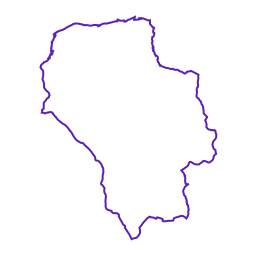 the district of Sieu, Maramures, Romania, rotated 271°
{"feature_id": "2599482B22819283509287", "entity_name": "Sieu", "entity_type": "district", "adm_level": 2, "iso_a3": "ROU", "parent_name": "Romania", "parent_adm1": "Maramures", "projection": "orthographic", "projection_center": [24.196, 47.709], "detail": "fine", "context": "isolated", "style": "outline", "palette": "violet", "viewbox_px": 256, "rotation_deg": 271, "n_neighbors": 0, "source": "geoboundaries", "source_scale": "gbopen_adm2", "svg_char_len": 5807}
<svg xmlns="http://www.w3.org/2000/svg" viewBox="0 0 256 256"><g transform="rotate(271 128 128)"><path d="M103.7,216.6L105.4,216.0L107.3,215.9L108.7,214.2L109.4,213.8L112.2,212.9L113.2,212.7L116.3,213.6L118.0,215.1L119.4,216.0L120.2,216.3L123.1,216.4L124.8,215.7L126.9,215.4L127.4,214.7L127.1,213.3L127.5,212.0L127.3,211.7L128.0,208.6L128.5,207.9L130.2,206.4L132.7,206.5L134.7,206.0L137.2,205.1L139.8,206.7L140.5,206.9L141.3,205.9L142.8,204.6L143.1,204.1L144.1,203.4L146.4,203.3L150.2,202.7L151.7,202.2L153.3,201.1L155.7,200.4L157.0,199.1L158.5,198.2L159.4,196.9L159.8,196.5L160.2,196.2L160.9,196.0L162.6,196.0L164.7,196.4L167.5,196.0L168.2,196.1L169.6,196.4L170.0,196.9L170.6,197.3L171.7,197.4L174.3,197.0L176.5,197.1L178.4,197.5L180.9,197.3L182.5,197.5L185.0,192.6L185.9,190.6L186.1,189.8L185.7,188.5L185.5,187.1L185.1,185.8L184.3,185.4L183.5,184.2L183.4,183.7L185.0,181.0L185.8,178.5L186.9,177.0L187.1,176.1L187.0,173.4L187.7,172.7L187.9,171.1L187.7,169.6L188.4,167.8L188.8,165.0L189.5,162.9L190.1,161.5L190.3,160.6L190.7,159.8L190.8,159.0L191.6,159.2L192.3,158.1L192.6,157.9L193.8,157.7L194.4,156.9L195.2,156.8L196.5,156.1L196.9,156.2L197.2,156.5L197.6,156.7L198.9,156.7L199.7,156.4L199.9,156.3L200.8,155.2L200.9,154.8L200.7,154.4L201.4,154.1L201.8,154.1L202.3,153.6L202.8,153.3L203.6,153.2L204.8,152.7L205.1,152.2L205.8,151.6L206.2,151.7L206.2,152.1L206.6,152.3L207.3,152.2L207.8,151.8L208.4,151.9L208.1,151.4L208.1,151.2L208.3,151.1L210.1,151.5L213.6,150.4L214.1,150.8L215.2,151.1L216.8,150.4L219.3,150.7L219.3,151.2L219.8,151.7L220.5,152.0L220.8,152.3L222.6,152.7L223.4,152.7L223.7,152.5L223.9,151.6L225.2,151.4L227.6,151.9L228.5,152.4L228.8,152.2L229.1,150.9L229.5,150.7L230.7,149.7L231.7,148.7L232.6,148.2L233.1,148.1L235.5,148.2L236.2,148.0L235.9,146.4L237.7,141.6L238.0,140.4L238.1,139.5L237.9,136.3L237.1,138.1L237.0,137.7L236.5,135.5L236.2,132.3L237.2,132.3L238.4,132.8L239.1,132.9L236.6,127.9L236.1,126.1L234.4,124.0L234.3,122.5L235.4,122.4L235.1,118.7L235.4,117.1L235.6,117.1L235.8,116.3L236.1,116.3L236.2,115.7L234.4,115.3L234.4,113.2L233.6,110.8L231.9,104.2L232.1,103.3L232.1,102.5L231.7,100.8L230.8,99.1L229.7,97.9L230.2,97.5L229.4,96.3L230.3,96.1L230.3,94.5L230.5,92.7L230.3,91.4L229.7,89.9L229.7,88.1L230.0,86.4L230.2,84.7L230.2,83.5L230.0,82.6L230.5,81.2L230.3,81.1L231.0,79.8L231.0,78.4L231.4,77.4L231.5,76.3L231.6,74.7L231.4,72.8L230.9,71.2L230.2,70.3L228.3,66.4L227.9,66.0L227.6,65.2L227.4,65.0L225.7,62.3L225.1,61.1L224.7,59.8L223.0,55.5L222.6,55.2L222.0,54.0L221.5,53.4L221.6,54.2L220.3,52.8L219.4,53.8L218.6,52.4L218.4,52.4L217.9,53.3L216.7,52.5L213.7,51.2L213.8,51.1L212.4,50.2L212.0,50.2L211.6,50.6L209.5,50.2L208.0,50.3L207.6,49.9L207.1,49.9L206.5,49.7L206.1,49.7L205.6,50.0L205.2,49.9L205.0,50.1L204.2,49.8L203.9,50.2L203.6,50.1L203.9,51.1L203.9,51.7L203.7,51.9L202.9,51.5L202.6,50.9L202.0,51.0L202.3,50.4L201.7,50.1L200.5,49.8L200.3,50.0L200.3,50.4L200.1,50.5L199.9,50.0L200.1,49.1L199.2,48.8L199.2,49.0L198.1,48.2L197.4,48.5L197.3,47.9L196.9,47.7L196.2,48.1L196.0,47.0L195.4,47.4L194.2,46.5L193.6,45.7L192.7,44.0L192.2,42.6L191.4,42.3L191.0,41.9L190.6,41.1L189.7,40.2L188.9,39.9L187.9,39.8L187.3,39.4L186.7,39.6L185.5,40.4L184.8,41.3L183.6,42.1L183.2,42.3L178.5,42.3L176.5,41.8L175.4,41.7L174.1,42.0L172.8,42.8L170.6,43.3L166.9,43.4L164.1,45.5L163.4,46.5L161.6,48.3L159.3,49.0L158.1,48.3L157.6,48.4L157.4,48.3L156.8,47.7L156.3,46.8L155.8,46.3L153.9,45.2L153.0,44.3L151.8,43.4L150.7,43.3L145.9,43.4L145.5,43.1L144.8,41.8L143.1,41.9L142.5,41.9L141.9,41.6L141.8,42.1L141.8,43.0L141.3,44.3L141.2,45.0L141.4,45.4L141.9,46.3L142.0,47.8L142.7,49.8L142.6,50.4L142.3,51.2L142.1,52.2L140.8,52.8L139.4,54.0L138.4,54.7L137.8,55.6L137.1,56.0L134.6,58.2L131.3,62.5L130.7,63.8L129.4,65.6L128.0,67.1L126.5,68.4L125.3,69.2L122.6,71.5L119.8,73.2L117.7,74.4L115.2,76.5L114.3,77.7L113.5,79.2L112.7,80.4L112.3,81.3L112.3,82.8L112.0,83.4L110.7,84.5L109.6,85.6L107.9,87.7L105.1,90.5L103.4,91.9L101.8,93.0L99.3,95.0L98.4,95.5L97.6,95.8L95.9,95.8L95.2,96.3L95.0,96.7L94.7,98.7L94.2,99.5L91.4,102.0L89.0,102.9L87.3,103.9L82.9,104.2L81.7,103.8L79.8,103.5L76.1,103.5L72.6,102.1L71.7,102.0L71.3,102.2L70.1,103.7L68.9,104.6L67.2,105.6L65.4,105.3L63.0,105.6L62.1,106.1L61.3,106.7L59.5,107.1L54.4,106.7L51.4,107.0L49.0,107.0L47.3,107.5L46.7,108.0L45.6,109.8L45.2,111.7L45.0,112.0L44.7,113.0L43.9,113.2L43.3,113.8L42.8,114.5L42.5,116.2L42.7,117.5L42.6,118.2L42.1,119.3L41.4,120.2L40.7,120.5L39.7,120.3L37.0,121.6L33.5,123.7L31.9,124.5L31.2,125.1L30.6,126.0L30.3,126.6L29.2,126.9L28.6,126.6L28.1,126.7L21.6,131.2L16.9,133.6L17.3,134.3L18.5,138.4L19.4,139.5L21.9,141.2L23.2,141.8L26.1,141.8L26.7,141.7L28.3,141.1L31.2,143.3L33.5,144.8L35.5,146.6L38.3,149.0L38.8,150.1L39.6,150.6L39.7,151.2L39.4,152.2L39.0,153.2L39.0,154.5L38.7,155.6L38.1,156.7L37.8,157.4L37.9,158.0L39.0,158.5L39.1,158.8L38.9,160.0L38.5,161.6L37.7,163.9L37.4,164.2L37.2,164.3L35.9,164.2L35.5,164.5L35.4,164.9L35.4,166.4L35.5,167.8L35.8,168.9L36.1,173.9L36.3,174.7L36.5,175.0L38.4,175.5L38.8,175.8L40.6,181.3L41.1,183.2L41.0,184.3L40.1,186.1L38.6,188.0L40.5,189.0L43.0,189.9L44.0,189.9L45.1,189.6L46.0,189.6L47.0,190.2L49.9,189.6L51.6,189.4L52.1,189.1L52.5,188.4L54.4,188.3L55.1,187.8L55.6,187.8L56.2,188.0L58.0,187.5L58.7,187.0L60.2,186.8L61.8,185.4L63.1,184.9L66.2,184.2L67.3,184.6L67.8,184.9L70.4,186.1L72.7,189.1L72.9,189.0L72.9,187.1L73.3,186.7L74.5,186.2L76.8,186.0L78.6,186.2L80.2,185.8L80.9,185.4L81.3,185.9L84.0,184.3L86.6,182.1L87.7,183.8L90.8,188.0L91.7,188.8L92.5,189.2L94.2,189.6L95.1,190.2L95.2,191.1L95.1,191.5L94.3,193.1L93.7,193.9L92.9,195.7L92.8,196.5L92.8,198.2L92.8,199.4L92.9,199.7L93.9,200.8L94.5,201.8L95.5,203.0L96.2,203.7L96.4,204.0L96.2,205.9L95.0,208.6L94.9,209.5L95.0,210.1L97.1,212.8L97.7,213.3L99.6,214.1L100.7,214.1L102.1,214.7L102.8,215.4L103.7,216.6Z" fill="none" stroke="#5b21b6" stroke-width="2"/></g></svg>